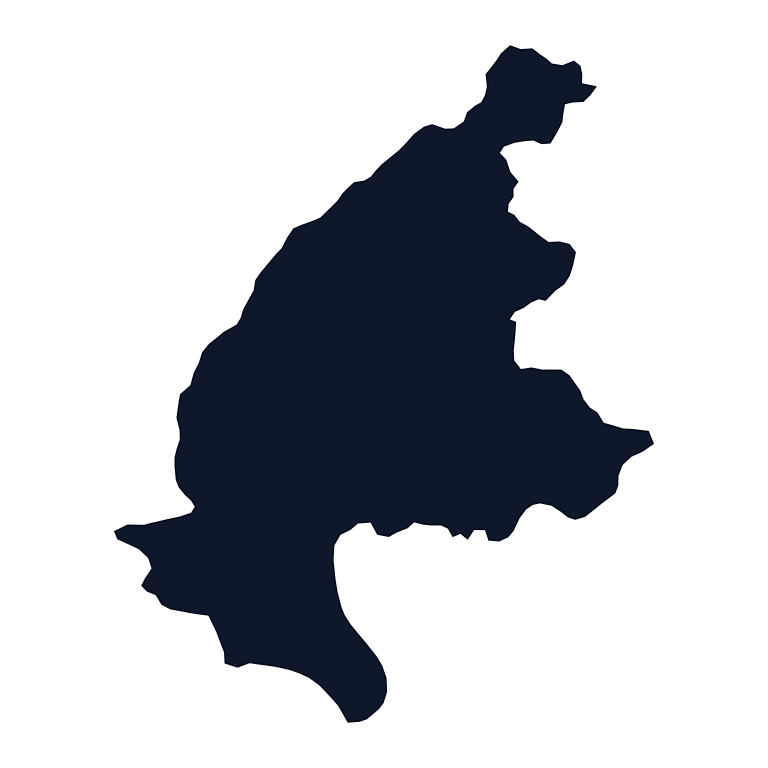 outline of Santos, São Paulo, Brazil
{"feature_id": "56859067B16208795434371", "entity_name": "Santos", "entity_type": "district", "adm_level": 2, "iso_a3": "BRA", "parent_name": "Brazil", "parent_adm1": "São Paulo", "projection": "albers", "projection_center": [-46.282, -23.865], "detail": "fine", "context": "isolated", "style": "filled", "palette": "ink", "viewbox_px": 768, "rotation_deg": 0, "n_neighbors": 0, "source": "geoboundaries", "source_scale": "gbopen_adm2", "svg_char_len": 2920}
<svg xmlns="http://www.w3.org/2000/svg" viewBox="0 0 768 768"><path d="M595.6,86.9L581.2,83.9L581.5,74.1L579.8,66.3L573.8,61.5L562.5,66.0L551.5,64.2L545.9,59.2L539.5,54.9L532.0,49.1L520.7,49.9L510.2,46.1L501.5,53.9L497.3,60.5L491.3,68.3L486.4,74.4L487.6,86.7L485.7,95.5L481.9,102.7L475.4,106.4L467.7,112.7L464.3,122.1L454.0,129.1L445.1,129.5L432.2,125.0L424.3,127.4L414.6,134.4L406.7,143.4L399.3,150.9L390.6,158.0L382.3,164.8L376.7,170.6L371.4,177.2L364.5,181.3L354.4,182.9L348.9,187.9L343.2,193.7L338.0,201.3L329.0,210.2L320.7,218.3L311.7,222.0L301.4,225.7L294.0,228.9L287.9,237.7L282.2,248.7L277.0,254.0L270.4,261.9L261.6,272.4L256.0,280.3L254.4,290.5L249.2,300.0L244.0,309.4L241.4,318.2L237.2,325.1L224.1,332.5L217.7,337.9L209.4,344.5L202.8,352.7L199.3,363.7L194.4,373.2L191.1,385.5L180.8,394.6L179.4,402.0L177.2,417.7L180.3,430.0L180.6,439.3L177.5,448.7L175.3,457.5L175.3,466.5L176.5,479.6L179.2,486.7L185.4,494.4L191.6,500.1L195.7,506.8L191.5,513.4L179.5,517.4L167.0,520.0L158.4,522.1L151.1,523.7L144.2,525.6L127.7,525.3L114.9,531.5L117.9,538.7L127.2,542.9L139.4,548.7L148.8,557.6L152.4,568.5L145.4,579.1L142.1,585.6L147.3,590.9L156.3,594.6L162.0,604.2L170.6,608.7L181.9,610.7L189.8,612.3L200.2,613.9L208.9,614.9L217.1,632.0L220.2,640.3L224.8,652.2L225.3,662.9L237.5,666.9L249.5,662.4L258.1,663.7L266.7,664.8L275.4,666.1L283.1,667.7L290.3,669.4L299.4,672.6L309.2,677.1L319.5,684.6L324.5,689.6L333.2,699.0L338.9,705.6L343.0,712.8L348.1,721.9L359.3,721.1L366.6,718.6L378.5,708.5L383.0,702.5L386.4,691.5L385.8,678.1L381.6,666.0L376.3,657.1L366.2,644.3L358.6,635.3L350.1,624.9L344.1,615.6L341.0,608.1L336.8,592.1L334.7,578.7L332.8,560.1L333.6,545.2L339.9,534.3L350.1,529.2L357.6,522.8L371.0,521.8L377.7,534.1L388.7,536.2L395.9,532.1L407.2,527.6L413.9,521.5L423.3,523.9L430.7,524.7L441.3,524.7L448.4,528.1L453.0,536.2L460.4,532.9L467.6,538.6L473.6,529.3L485.6,529.4L489.0,539.9L499.2,540.7L507.8,536.6L513.0,530.5L519.0,517.7L525.8,508.7L532.6,504.2L539.7,502.6L551.7,505.0L561.4,511.3L568.1,516.6L575.3,519.0L584.8,516.1L593.0,509.7L598.6,505.1L614.8,492.7L617.5,485.4L617.8,475.5L621.9,464.7L630.7,456.3L642.7,450.8L653.1,443.5L648.2,431.6L633.6,429.8L622.8,429.2L611.8,425.8L603.2,423.4L596.9,413.0L589.4,408.2L582.8,399.6L579.6,390.9L574.6,383.9L569.1,376.0L561.2,370.4L551.1,370.3L542.4,370.4L531.5,368.2L520.5,369.9L513.5,360.8L513.0,350.1L514.2,339.0L514.9,330.1L515.4,322.5L508.6,319.7L514.5,311.2L523.3,307.3L530.3,302.1L538.7,298.4L545.4,300.0L554.5,290.5L563.8,283.7L569.1,275.5L572.5,264.8L575.1,252.4L569.1,244.6L559.3,242.2L548.3,242.8L539.9,236.7L528.1,227.3L519.1,222.3L513.8,215.4L507.1,212.1L507.9,203.6L512.8,196.6L512.8,188.4L517.6,181.7L509.7,172.4L505.6,160.1L498.9,153.0L503.4,146.0L514.5,142.0L524.4,140.5L533.4,139.7L541.6,143.4L550.0,142.8L556.0,132.9L561.6,122.1L562.8,112.2L564.4,103.6L572.6,101.7L583.1,101.2L589.9,94.6L595.6,86.9Z" fill="#0f172a" stroke="#020617" stroke-width="1.5"/></svg>